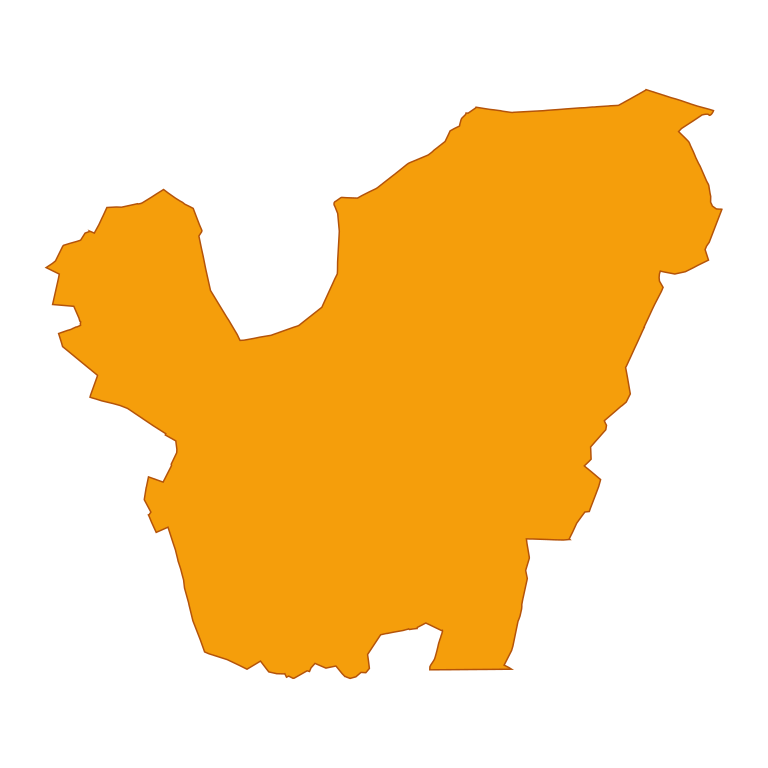 outline of Mārsnēnu pag., Priekulu, Latvia
{"feature_id": "27541924B8577335378902", "entity_name": "Mārsnēnu pag.", "entity_type": "district", "adm_level": 2, "iso_a3": "LVA", "parent_name": "Latvia", "parent_adm1": "Priekulu", "projection": "albers", "projection_center": [25.58, 57.424], "detail": "fine", "context": "isolated", "style": "filled", "palette": "amber", "viewbox_px": 768, "rotation_deg": 0, "n_neighbors": 0, "source": "geoboundaries", "source_scale": "gbopen_adm2", "svg_char_len": 5991}
<svg xmlns="http://www.w3.org/2000/svg" viewBox="0 0 768 768"><path d="M466.0,113.1L466.0,113.5L465.6,114.4L465.1,115.0L462.4,117.6L462.0,118.0L461.5,118.7L461.0,119.9L459.7,124.8L459.6,125.8L459.4,126.1L454.4,128.5L450.1,130.9L448.7,134.0L445.1,141.5L433.6,150.5L432.7,151.5L430.7,153.1L428.6,154.7L427.7,155.2L425.1,156.3L410.7,162.3L408.5,163.3L406.8,164.5L401.0,169.2L393.7,175.0L391.1,177.0L386.5,180.6L381.0,184.9L378.5,186.9L377.6,187.6L377.3,187.8L375.9,188.7L369.2,191.9L361.7,195.7L357.5,198.1L351.5,197.9L346.1,197.7L344.7,197.6L341.7,197.4L340.8,197.7L335.8,201.2L335.2,201.5L334.6,202.0L334.1,202.9L334.0,204.2L334.2,205.1L335.0,206.7L337.7,213.5L339.3,231.2L339.1,235.2L337.6,262.0L337.5,270.7L337.3,273.9L334.8,278.9L332.5,284.0L330.2,289.0L322.7,305.4L322.2,306.6L321.8,307.3L321.3,307.7L299.8,324.7L299.6,325.0L299.3,325.1L299.1,325.3L297.6,326.0L293.8,327.2L272.7,334.7L271.1,335.3L260.1,337.1L253.9,338.4L243.9,340.2L240.0,340.4L237.2,334.5L234.4,329.8L228.6,320.0L227.0,317.6L224.8,314.0L216.7,300.7L210.5,290.5L205.8,269.4L205.1,266.0L203.2,256.4L201.3,247.8L199.0,236.6L198.9,236.1L199.2,235.5L199.8,234.6L201.7,231.7L201.9,230.5L201.5,229.5L201.1,228.6L199.5,224.9L196.2,216.3L193.2,208.4L189.8,206.6L184.8,204.2L182.6,202.4L180.6,201.3L179.4,200.6L175.4,198.1L168.3,193.1L164.1,189.9L163.5,189.5L163.2,189.7L162.8,190.0L156.2,194.1L151.6,197.1L142.2,202.9L140.8,203.4L140.8,203.5L138.0,204.0L137.6,203.7L121.5,207.2L116.4,207.0L106.9,207.5L103.0,216.0L102.1,217.8L98.9,224.7L95.0,231.8L94.3,233.1L89.6,231.1L89.8,231.4L85.1,233.1L80.6,240.2L76.9,241.4L69.8,243.4L63.6,245.3L63.2,245.6L62.5,246.7L55.7,260.5L55.4,261.0L54.8,261.5L52.3,263.5L46.1,267.6L57.3,273.1L59.3,274.1L58.3,279.1L57.0,284.9L52.6,304.5L73.8,306.3L79.0,318.2L79.8,321.1L80.2,321.3L80.6,321.6L80.6,322.6L80.4,323.2L80.4,324.4L80.6,325.2L80.2,325.5L77.0,326.9L76.0,327.0L73.0,328.4L72.6,328.5L71.5,329.2L69.4,329.9L67.5,330.4L58.6,333.5L61.5,342.8L62.6,346.6L79.6,360.6L97.5,375.3L97.2,376.6L94.0,385.5L90.6,395.0L90.0,397.2L92.4,398.0L93.8,398.4L95.6,398.9L101.6,400.8L113.3,403.6L120.1,405.5L127.5,408.4L153.2,425.7L165.3,433.4L165.8,433.7L165.3,435.0L175.8,440.9L176.9,449.6L176.7,452.7L171.4,463.8L171.2,464.2L171.5,465.6L170.5,467.6L163.1,482.1L148.5,476.9L146.4,487.0L146.2,487.5L144.3,499.3L144.3,499.8L150.9,512.1L149.4,514.3L149.1,514.6L148.4,514.9L148.6,515.3L149.2,516.5L151.4,521.9L154.0,527.6L155.2,530.2L155.7,531.3L156.2,532.4L168.0,527.2L173.4,543.9L175.4,549.8L177.9,560.0L178.0,560.8L180.7,569.0L182.4,575.6L183.6,580.0L184.5,588.0L188.6,602.8L189.0,604.8L192.9,620.8L200.3,639.8L204.6,651.9L208.5,653.6L209.0,653.8L227.2,659.6L239.6,665.5L247.0,669.2L260.5,661.1L266.6,669.1L268.8,671.9L276.7,673.7L284.3,673.9L284.8,673.7L286.5,677.2L288.7,676.1L293.0,678.3L294.3,678.1L307.1,670.8L309.5,671.5L311.0,667.9L315.0,663.4L325.9,668.1L335.5,666.1L336.1,666.2L342.1,673.6L344.9,676.5L345.1,676.4L346.6,677.1L350.1,678.4L355.9,676.8L361.0,672.4L365.8,672.7L366.5,671.9L367.7,670.5L368.3,669.7L369.2,668.7L369.4,668.4L368.4,660.3L367.6,654.8L367.7,654.3L376.9,640.4L377.6,639.3L377.7,639.2L380.6,634.8L384.4,633.9L384.6,633.9L384.9,633.8L386.9,633.4L387.0,633.5L393.4,632.2L403.0,630.5L405.5,629.8L408.6,629.0L408.7,628.9L409.4,629.5L412.6,629.0L416.9,628.5L417.1,628.5L417.1,628.2L417.4,627.4L425.8,623.0L440.6,630.1L441.3,630.5L442.4,630.3L442.5,631.5L442.2,632.3L441.8,633.9L441.2,635.4L440.7,637.2L440.3,638.4L439.9,639.4L439.6,640.4L439.4,641.1L439.2,641.7L438.9,642.6L438.7,643.1L438.6,643.7L438.4,644.4L438.2,645.3L438.0,646.2L437.8,647.2L437.6,647.9L436.9,650.8L436.1,653.8L435.2,657.0L434.5,659.1L433.5,660.9L430.7,665.1L429.9,666.8L429.8,669.8L449.4,669.7L474.6,669.5L490.4,669.4L511.5,669.2L509.0,667.6L504.1,665.1L505.0,663.4L506.7,660.1L511.6,650.5L512.9,646.1L513.1,645.1L518.0,621.3L518.8,619.4L520.0,616.1L521.6,609.0L521.8,606.8L521.8,604.4L522.9,598.6L523.4,596.5L525.4,587.3L526.8,581.0L527.3,578.5L527.2,578.0L525.7,570.7L525.7,570.4L525.8,570.0L526.0,569.3L528.5,561.0L529.0,559.3L529.2,558.7L529.3,558.2L529.3,557.8L529.3,557.2L526.9,543.0L526.5,539.8L526.4,538.9L528.4,538.9L529.7,539.0L533.0,539.0L547.5,539.5L554.5,539.8L563.4,540.0L569.3,539.5L569.9,539.5L569.5,539.1L569.3,538.7L572.7,531.9L576.7,523.2L580.8,517.5L584.9,512.0L589.3,511.5L590.4,508.3L595.5,495.0L598.7,486.5L600.6,479.6L591.4,471.8L584.7,466.3L584.3,465.9L588.8,461.6L591.1,459.2L590.8,451.3L590.6,446.9L590.8,446.7L605.8,429.7L606.5,425.3L605.4,423.2L604.3,420.8L604.8,420.3L621.0,406.3L622.1,405.6L626.2,402.1L630.3,393.9L627.4,377.1L625.6,367.4L626.3,366.3L626.5,365.9L627.8,363.1L628.8,360.9L630.3,357.7L634.8,347.8L636.7,343.8L638.9,339.0L639.5,337.6L640.4,335.7L642.5,331.0L644.3,327.3L644.0,327.2L648.9,316.7L652.3,309.3L654.6,304.5L661.4,291.4L663.1,287.3L662.8,286.9L660.5,282.9L659.4,281.0L659.4,280.3L659.1,277.8L659.3,275.3L659.4,274.0L660.3,271.1L664.3,272.0L674.8,274.0L685.4,271.7L693.2,267.8L698.1,265.2L708.5,260.1L705.1,249.6L706.6,246.0L709.2,242.3L721.9,209.3L721.6,209.2L718.5,209.1L717.3,209.0L716.3,208.9L712.3,206.0L711.9,204.9L710.6,202.2L710.7,196.3L710.4,195.0L710.0,193.1L708.8,185.6L708.4,184.4L707.0,181.8L706.7,181.3L700.1,166.2L698.5,163.3L695.8,157.7L694.8,155.2L693.2,151.4L690.5,145.7L689.5,143.2L688.6,141.6L686.4,139.3L678.6,131.6L681.5,128.5L695.9,119.1L702.1,114.9L704.5,114.4L705.9,114.2L706.5,114.2L707.9,114.2L708.5,114.6L709.4,115.3L710.1,115.2L711.0,114.6L711.5,114.1L712.0,113.5L713.1,111.7L713.5,110.6L708.9,109.2L697.4,106.1L690.5,103.9L681.3,100.7L675.9,99.0L671.2,97.7L646.0,89.6L645.6,90.2L632.5,97.6L629.7,99.2L626.0,101.2L618.6,105.3L618.2,105.4L610.2,105.8L608.6,106.0L596.0,106.8L595.7,106.9L594.3,107.0L592.5,107.0L585.0,107.7L579.8,107.9L564.8,109.0L561.5,109.3L556.0,109.7L547.5,110.3L543.4,110.7L535.6,111.1L513.6,112.3L512.3,112.5L511.2,112.4L510.3,112.3L502.7,111.2L500.0,110.6L499.5,110.6L494.3,109.9L489.8,109.4L484.7,108.6L476.0,107.2L475.7,107.9L468.2,113.1L466.0,113.1Z" fill="#f59e0b" stroke="#b45309" stroke-width="1.5"/></svg>